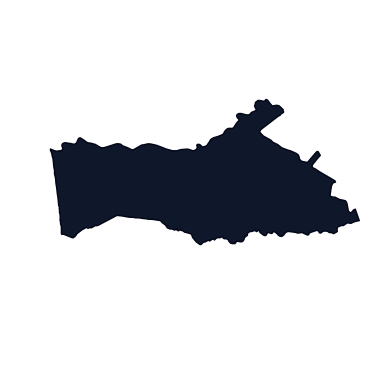 Tiquisate, Escuintla, Guatemala, rotated 61°
{"feature_id": "79465075B69803572716764", "entity_name": "Tiquisate", "entity_type": "district", "adm_level": 2, "iso_a3": "GTM", "parent_name": "Guatemala", "parent_adm1": "Escuintla", "projection": "orthographic", "projection_center": [-91.43, 14.173], "detail": "fine", "context": "isolated", "style": "filled", "palette": "ink", "viewbox_px": 384, "rotation_deg": 61, "n_neighbors": 0, "source": "geoboundaries", "source_scale": "gbopen_adm2", "svg_char_len": 5989}
<svg xmlns="http://www.w3.org/2000/svg" viewBox="0 0 384 384"><g transform="rotate(61 192 192)"><path d="M297.1,85.3L296.8,84.0L294.7,83.2L293.5,82.0L293.2,80.9L293.8,77.3L294.7,75.7L294.3,72.5L294.4,70.8L296.4,68.2L296.7,64.3L298.0,59.6L286.3,57.6L286.0,59.2L286.9,61.4L287.2,63.4L286.5,64.1L284.1,64.4L277.2,62.1L275.0,61.9L274.0,62.2L272.5,63.8L270.1,66.6L265.7,69.6L264.8,71.3L263.1,72.8L262.1,73.0L261.5,72.7L256.8,69.1L254.4,67.2L252.4,64.6L252.8,61.8L251.8,61.6L250.3,62.3L236.3,70.6L231.1,73.3L230.1,74.1L229.6,74.6L227.7,74.6L226.4,73.2L225.2,70.1L223.4,65.8L222.1,62.1L217.8,62.2L217.3,62.9L217.5,64.2L222.2,76.7L218.3,81.3L215.4,82.1L213.4,81.4L211.2,81.1L208.7,82.2L203.9,85.8L201.4,88.3L196.8,92.1L191.9,94.2L187.9,97.1L184.8,98.0L177.8,102.4L172.7,103.8L172.1,103.6L171.0,102.2L170.5,100.1L167.4,79.3L167.6,77.8L167.0,76.9L166.7,73.5L166.2,73.0L164.7,72.9L164.1,72.4L162.8,72.8L162.2,73.0L160.5,73.5L159.1,74.0L158.5,74.4L157.9,75.1L157.4,75.7L156.9,76.7L156.6,77.6L156.1,79.2L155.9,79.7L155.5,80.1L155.0,80.3L154.1,80.5L153.2,80.7L152.5,80.8L151.4,81.0L150.6,81.1L149.0,81.3L148.6,81.4L148.3,81.5L147.7,81.8L147.3,82.0L147.1,82.4L147.1,83.1L147.3,83.4L147.7,84.0L147.7,84.5L147.5,85.1L147.2,85.6L144.8,88.5L144.4,89.1L144.1,89.6L144.0,90.1L144.1,90.6L144.2,91.4L144.2,91.9L144.3,92.5L144.6,92.9L144.9,93.4L145.3,93.7L145.8,94.0L146.2,94.5L146.9,95.3L147.2,95.5L147.6,95.6L148.2,95.7L148.8,95.8L149.3,95.8L150.2,95.7L150.6,95.8L151.1,95.9L151.6,96.4L151.7,96.7L151.7,97.9L151.6,98.7L151.4,100.5L151.3,101.0L151.3,101.5L151.5,102.0L151.8,102.8L152.0,103.3L152.1,104.2L152.1,104.6L152.1,105.0L151.9,105.4L151.5,106.2L151.3,106.6L150.6,107.4L149.7,108.4L147.2,111.0L146.2,112.9L146.1,113.4L146.1,114.4L146.1,114.9L146.6,115.6L147.2,116.0L147.7,116.2L148.1,116.2L148.7,116.3L149.2,116.2L149.6,116.2L150.8,115.7L151.5,115.8L151.9,116.0L152.4,116.7L152.6,117.1L153.1,118.9L153.5,119.8L155.5,123.6L155.8,124.1L156.0,124.8L156.0,125.6L155.8,126.1L155.4,127.0L154.6,128.2L154.3,128.8L154.1,129.5L154.0,130.0L154.0,130.7L154.0,131.5L154.2,132.2L154.4,132.8L154.7,133.5L155.1,134.4L155.8,135.3L156.1,135.8L156.4,136.3L156.6,137.5L156.5,139.0L156.1,142.1L155.5,144.9L155.1,146.6L155.1,148.1L155.1,148.9L155.1,149.6L155.2,150.0L155.4,150.6L156.4,152.1L157.8,154.9L158.3,155.8L158.5,156.4L158.6,156.8L158.6,157.6L158.2,159.8L158.1,160.3L157.9,160.7L157.5,161.1L156.9,161.3L154.8,162.0L154.2,162.4L153.8,162.8L153.4,163.3L153.2,163.8L153.1,164.5L153.5,165.1L155.1,165.6L155.6,165.8L156.0,166.1L156.3,166.4L156.5,166.8L156.9,167.6L156.9,168.1L156.9,169.6L156.8,170.2L156.6,170.7L156.3,171.3L156.0,171.6L153.0,174.3L152.7,174.7L152.1,175.6L150.5,179.1L149.7,180.9L149.2,182.6L148.8,184.5L148.5,185.6L146.7,188.8L146.4,189.2L141.6,194.1L139.4,195.8L133.8,200.6L130.1,204.8L129.1,206.2L128.6,207.2L128.4,207.7L128.2,208.3L127.8,209.8L127.2,211.9L126.7,212.8L126.6,213.3L126.6,214.6L126.7,222.2L126.5,223.1L126.4,223.6L126.1,224.0L125.8,224.3L122.9,226.3L120.6,228.1L118.4,230.0L117.9,230.4L116.7,230.8L116.3,230.9L115.7,231.2L114.3,232.8L113.7,233.8L113.4,234.5L113.2,235.2L113.0,235.8L112.2,240.1L111.2,245.0L110.6,247.4L110.2,248.4L109.8,249.3L109.2,250.0L108.3,250.7L106.8,251.7L103.7,253.4L101.9,255.2L100.4,256.7L98.8,258.9L98.1,259.6L97.8,259.8L96.2,260.6L94.7,261.2L91.9,262.7L90.8,263.3L90.4,263.6L90.2,264.2L90.2,264.8L90.4,265.4L91.0,266.4L93.0,268.9L93.2,269.3L93.3,270.7L93.3,271.1L93.1,271.9L92.9,272.2L92.2,273.2L91.1,274.3L87.7,278.7L87.4,279.2L87.2,279.6L87.1,280.2L87.0,280.8L87.1,281.7L87.3,282.2L87.6,282.7L88.3,283.2L89.1,283.5L90.7,283.7L91.8,284.3L92.2,285.1L92.4,285.5L92.5,286.2L92.3,286.8L92.0,287.4L91.1,289.6L90.5,291.0L88.9,292.6L86.8,294.2L86.0,294.9L86.5,295.4L87.2,295.6L89.2,295.7L90.5,296.0L92.9,296.8L95.6,297.4L97.7,298.3L99.4,299.0L102.3,300.3L102.9,300.5L103.6,300.8L106.7,301.8L108.8,303.1L110.1,303.6L112.4,304.2L114.3,304.8L118.6,306.8L120.0,307.3L122.6,308.2L128.5,310.7L130.6,311.4L134.2,312.9L137.8,314.5L138.4,314.8L138.9,315.0L139.9,315.2L140.4,315.2L141.0,315.3L142.1,316.1L142.7,316.3L143.1,316.4L143.9,316.8L145.3,317.6L146.5,318.0L148.0,318.4L149.2,318.9L149.9,319.3L150.9,319.8L151.3,320.0L152.1,320.7L152.4,320.9L154.4,321.5L155.2,321.9L156.7,322.5L157.2,322.6L158.4,322.8L159.3,323.2L163.1,325.2L164.0,325.8L164.7,326.1L165.1,326.3L165.7,326.4L166.9,324.5L171.4,320.9L173.6,319.1L174.4,318.1L174.1,315.7L172.6,312.7L171.7,306.5L171.7,301.9L172.1,301.2L172.9,300.8L173.4,300.0L173.5,298.9L174.5,297.1L174.5,292.7L175.3,291.5L175.6,289.8L176.0,269.1L178.8,265.0L183.2,259.6L186.1,255.0L187.3,253.7L189.1,250.5L191.3,247.8L193.7,244.3L194.4,243.7L196.7,239.9L201.7,233.4L204.3,232.9L207.9,231.2L211.4,230.9L212.6,229.9L213.6,229.2L214.7,227.2L216.8,225.7L217.0,223.7L217.7,223.7L219.2,222.8L219.4,222.4L219.0,221.2L219.1,220.6L219.9,220.4L221.6,218.7L223.5,217.9L225.3,215.9L228.1,213.2L228.7,212.9L232.1,213.4L235.7,212.8L237.6,212.4L241.6,210.6L242.2,209.8L242.0,208.1L241.5,207.4L241.6,205.2L242.0,204.8L242.0,200.7L242.5,200.8L243.4,200.1L243.2,199.1L243.1,196.4L244.8,195.5L244.2,193.5L244.2,192.0L245.0,190.5L245.6,189.4L245.6,187.7L245.9,187.1L247.4,187.0L248.5,186.4L249.6,184.3L251.3,183.6L251.9,183.1L253.1,183.6L255.5,182.9L257.1,181.2L256.9,180.1L257.5,179.7L257.9,179.6L257.9,179.2L256.9,177.4L256.9,176.9L257.0,176.3L259.3,173.3L259.7,172.1L259.4,170.6L258.2,169.1L257.3,168.2L257.0,166.9L256.7,164.6L256.0,164.4L255.1,163.5L254.6,160.8L255.5,158.6L256.0,155.8L257.9,154.6L257.8,151.8L258.6,151.5L259.7,152.1L260.5,152.0L264.6,150.2L265.5,149.3L265.6,148.0L264.3,146.1L264.3,145.0L266.9,142.4L266.8,141.6L266.3,140.9L266.2,139.6L267.5,138.6L270.3,137.5L271.4,137.5L273.1,136.6L274.3,135.1L274.1,132.8L272.7,129.6L273.0,127.1L274.0,125.7L277.0,121.6L279.3,119.2L280.8,115.3L284.9,112.4L285.8,111.4L285.7,110.6L284.6,109.0L285.9,101.8L287.2,100.1L289.3,100.3L290.0,99.8L290.3,99.2L290.0,97.5L289.9,96.0L291.3,93.4L292.2,92.4L294.1,91.5L294.8,90.0L297.0,88.3L297.1,85.3Z" fill="#0f172a" stroke="#020617" stroke-width="1.5"/></g></svg>